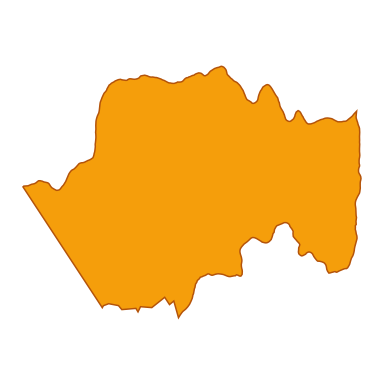 outline of VII-2 Mazaruni/L.B.E.Rive, Cuyuni-Mazaruni, Guyana
{"feature_id": "73187651B61605631045653", "entity_name": "VII-2 Mazaruni/L.B.E.Rive", "entity_type": "district", "adm_level": 2, "iso_a3": "GUY", "parent_name": "Guyana", "parent_adm1": "Cuyuni-Mazaruni", "projection": "equal_earth", "projection_center": [-59.626, 5.924], "detail": "fine", "context": "isolated", "style": "filled", "palette": "amber", "viewbox_px": 384, "rotation_deg": 0, "n_neighbors": 0, "source": "geoboundaries", "source_scale": "gbopen_adm2", "svg_char_len": 5929}
<svg xmlns="http://www.w3.org/2000/svg" viewBox="0 0 384 384"><path d="M356.5,112.1L356.6,111.2L354.1,113.8L353.3,114.8L352.5,115.9L351.5,116.8L348.3,119.4L347.2,120.4L346.2,121.0L345.2,121.3L343.7,121.3L341.5,121.8L340.3,121.8L337.9,121.8L336.6,121.2L334.4,120.1L332.3,118.9L331.0,118.5L328.6,118.1L327.4,118.0L325.9,118.1L324.5,118.4L323.2,119.0L320.5,119.7L319.3,120.3L316.6,121.4L315.6,122.1L314.6,122.6L313.4,123.1L310.8,123.9L308.5,124.0L307.5,123.6L306.5,122.7L305.7,121.6L305.0,120.4L304.3,119.4L303.6,118.2L303.1,117.0L302.3,115.9L300.4,112.3L299.4,111.3L298.1,110.6L296.2,112.1L295.1,114.8L294.8,116.3L293.5,118.9L292.2,119.9L291.3,120.7L290.1,121.4L288.8,121.4L287.5,120.8L286.6,120.3L285.7,119.2L284.7,116.2L284.4,114.9L283.8,113.6L283.2,112.0L282.1,110.1L281.1,108.5L280.4,107.1L279.9,105.8L279.3,102.7L278.6,101.3L277.7,97.9L276.9,96.8L276.0,95.6L274.6,93.3L272.2,89.1L271.3,87.8L270.4,86.5L269.1,85.2L268.2,84.8L267.2,84.6L266.0,85.0L263.7,86.5L262.8,87.2L261.5,89.6L260.6,90.8L259.9,92.2L258.8,95.1L258.4,96.6L257.8,99.7L257.1,101.0L256.2,101.9L255.3,102.6L254.2,103.2L253.2,103.4L252.1,103.2L251.2,102.2L249.1,100.8L247.9,100.2L246.9,99.5L246.0,97.8L245.4,96.4L244.8,94.7L244.3,93.6L243.8,92.3L243.1,90.5L241.1,87.4L240.5,86.3L239.4,84.9L237.2,82.7L236.1,82.0L234.9,81.5L233.9,80.9L231.8,78.9L230.8,78.2L229.0,76.2L227.9,75.2L227.1,74.1L226.3,70.7L225.8,69.5L225.0,68.5L223.9,67.3L222.8,66.7L221.6,66.3L220.5,66.5L219.4,67.1L216.9,67.7L214.6,68.5L210.4,71.2L209.4,72.3L208.5,73.5L207.7,74.4L206.4,75.2L205.1,75.8L204.0,75.6L202.0,73.9L201.1,73.3L199.8,73.0L198.6,72.9L196.0,73.8L194.8,74.5L193.9,75.2L192.4,75.5L189.9,76.7L188.9,76.9L187.9,77.6L186.8,77.7L185.5,78.3L184.4,79.3L183.5,80.4L182.4,81.4L181.2,81.9L179.9,82.1L178.6,82.1L177.6,82.0L176.4,82.7L174.2,83.4L173.1,83.4L171.7,83.3L170.5,83.0L169.0,82.9L167.8,82.4L164.3,80.5L162.3,79.8L161.1,79.1L157.4,77.8L156.2,77.5L155.1,77.5L153.8,77.2L152.5,77.0L151.3,77.1L149.8,76.9L148.7,76.5L147.1,75.8L144.7,75.2L141.9,75.7L140.7,76.0L138.8,78.1L137.4,78.7L136.0,79.1L134.2,79.3L130.7,78.8L129.5,78.8L128.3,79.3L127.1,80.2L126.1,80.4L123.0,80.0L121.9,79.8L120.4,79.3L118.2,79.7L115.1,81.0L113.6,82.1L112.3,82.7L111.3,83.3L110.2,84.4L109.2,85.0L107.1,88.7L106.5,90.4L105.5,91.7L104.2,93.1L103.6,94.2L102.0,97.7L101.5,99.1L100.3,102.2L100.0,103.9L99.3,110.4L98.8,112.9L97.5,115.7L96.9,117.4L96.4,119.2L96.0,121.1L95.8,125.5L95.9,129.2L95.6,132.4L95.8,134.0L95.9,136.3L95.9,138.0L95.7,140.1L95.5,142.1L95.2,144.3L95.3,146.7L95.1,148.7L94.9,150.4L94.6,152.1L94.2,153.4L93.9,155.0L93.4,156.6L92.9,157.8L90.7,159.3L89.3,160.0L87.9,160.5L84.3,162.3L82.8,162.7L81.4,162.8L80.2,163.1L79.0,163.7L76.1,167.0L74.7,168.4L73.6,169.3L72.4,169.8L71.2,170.7L70.0,172.2L68.9,173.9L67.2,177.9L65.7,181.5L63.4,185.2L62.2,186.4L61.2,187.7L60.4,188.8L59.5,189.7L58.5,190.1L57.4,190.3L56.3,190.3L54.1,189.1L51.8,187.7L50.7,186.4L50.0,185.3L49.2,184.0L48.3,183.1L47.1,182.6L43.8,181.9L42.3,181.2L40.0,180.7L38.5,180.8L37.4,181.6L36.3,182.6L35.2,183.3L34.0,183.8L31.5,184.3L28.1,185.8L23.8,186.1L23.6,186.5L23.0,186.9L102.3,307.7L103.4,305.7L108.7,303.7L118.5,305.6L121.8,309.6L135.9,308.4L138.0,311.9L140.5,306.7L151.8,307.6L164.7,297.3L169.5,304.6L173.8,301.0L178.5,317.7L180.3,314.8L182.1,312.3L182.9,311.4L185.6,309.2L186.6,308.1L187.6,307.0L189.5,304.4L190.9,301.5L192.2,298.4L192.6,296.7L192.9,295.0L193.5,293.7L194.4,288.8L195.0,287.3L195.2,285.9L195.6,284.0L196.7,282.4L197.3,280.6L198.3,279.6L199.4,278.7L200.2,277.3L202.1,276.7L203.7,275.9L204.8,275.6L206.2,274.9L207.5,274.0L208.8,273.9L210.3,274.7L211.5,275.2L212.7,275.2L215.6,274.2L217.2,273.9L218.5,273.8L221.2,274.1L222.3,274.3L223.6,274.6L227.3,276.1L229.1,276.6L230.3,276.6L234.2,275.8L235.3,275.8L236.5,274.8L237.9,275.2L239.4,276.0L240.5,276.1L241.0,276.0L242.1,274.4L242.2,273.1L242.3,271.3L242.1,269.7L241.7,268.2L241.4,266.4L241.3,264.6L241.8,261.7L241.9,260.1L241.4,257.3L240.4,254.2L239.9,252.0L240.0,250.1L240.4,248.8L241.3,247.3L242.0,246.4L244.1,244.0L247.1,241.8L249.2,239.9L250.1,239.0L251.3,238.0L252.6,237.5L254.0,237.6L255.1,237.9L256.7,238.6L260.8,241.1L262.1,242.1L264.5,242.7L265.9,242.9L267.1,242.7L268.2,242.2L269.3,241.5L271.2,239.5L271.7,238.1L272.2,236.8L273.1,233.4L274.0,232.5L274.3,230.9L274.5,229.5L276.1,226.6L276.9,225.7L282.6,223.4L283.9,222.7L285.4,222.6L286.4,222.7L287.5,223.1L288.7,223.9L289.5,225.0L289.9,226.3L290.8,227.6L291.8,228.9L292.7,230.4L293.2,231.6L293.0,233.2L293.1,234.9L293.3,236.6L294.0,237.4L294.9,238.6L295.8,239.5L296.8,240.8L299.3,243.5L299.8,244.7L299.4,246.2L298.7,247.8L298.6,250.0L298.4,252.0L298.8,253.8L299.7,254.7L300.7,255.5L301.8,255.9L302.9,255.6L305.6,254.2L306.5,253.0L307.6,252.4L308.9,251.9L310.1,252.2L311.4,252.8L312.5,253.9L313.9,256.6L315.1,258.3L316.7,260.3L317.6,261.1L319.9,261.3L321.9,261.8L323.3,262.4L324.4,263.0L325.2,264.0L325.9,265.1L326.3,266.5L326.8,269.4L327.6,271.3L328.9,273.1L330.5,272.8L331.7,272.4L333.0,272.1L334.2,271.7L335.2,271.6L336.2,272.2L337.3,272.0L338.5,271.3L339.7,270.7L343.3,269.2L344.3,268.8L345.5,268.6L346.5,268.6L347.6,267.8L348.3,266.7L349.6,264.4L350.8,260.1L351.5,258.1L352.8,255.8L353.4,254.2L353.9,252.3L354.3,250.3L354.4,249.0L354.8,246.9L357.0,238.7L357.0,237.1L356.8,235.6L356.3,234.1L355.8,231.2L355.3,229.4L355.4,227.1L355.3,225.7L356.2,224.5L356.0,221.3L356.5,217.5L356.1,215.5L355.8,208.5L355.6,206.9L355.3,205.0L355.3,203.6L355.4,202.1L355.9,200.2L357.3,197.1L359.5,193.1L359.8,191.7L360.3,188.1L360.2,186.2L360.2,183.0L360.4,181.4L360.8,179.8L361.0,178.4L360.7,176.5L360.1,175.1L359.2,173.6L358.6,172.2L358.5,169.9L358.9,167.7L359.5,166.4L359.6,165.1L359.2,163.7L359.1,162.3L359.1,160.5L359.2,159.1L359.6,157.2L359.8,155.3L359.7,153.7L359.5,151.7L359.5,148.4L359.7,144.2L359.5,142.2L359.6,140.2L359.5,136.5L359.6,134.5L359.7,132.3L359.5,128.4L359.1,127.0L358.4,125.3L358.0,124.1L357.6,122.4L356.8,120.1L356.2,118.1L356.1,116.4L356.5,112.1Z" fill="#f59e0b" stroke="#b45309" stroke-width="1.5"/></svg>